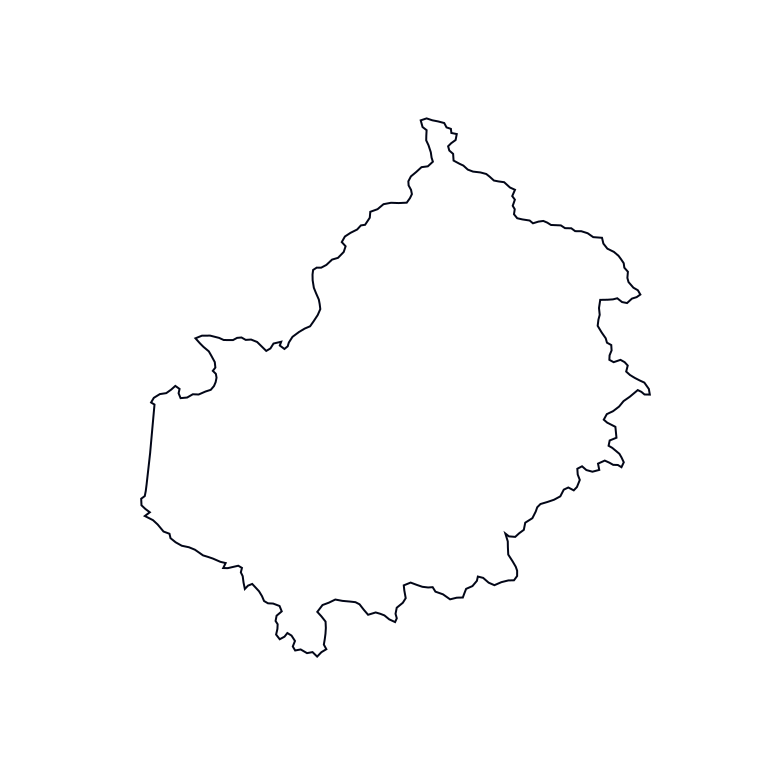 Paraibuna, São Paulo, Brazil (Albers equal-area conic projection), rotated 248°
{"feature_id": "56859067B40325291288871", "entity_name": "Paraibuna", "entity_type": "district", "adm_level": 2, "iso_a3": "BRA", "parent_name": "Brazil", "parent_adm1": "São Paulo", "projection": "albers", "projection_center": [-45.64, -23.474], "detail": "fine", "context": "isolated", "style": "outline", "palette": "ink", "viewbox_px": 768, "rotation_deg": 248, "n_neighbors": 0, "source": "geoboundaries", "source_scale": "gbopen_adm2", "svg_char_len": 4402}
<svg xmlns="http://www.w3.org/2000/svg" viewBox="0 0 768 768"><g transform="rotate(248 384 384)"><path d="M603.4,537.6L607.2,532.5L610.4,527.6L614.3,523.0L614.7,516.8L607.8,516.0L603.4,518.6L598.5,516.3L594.1,514.4L588.7,514.7L581.3,514.2L576.0,512.9L571.8,512.6L569.4,506.2L571.0,500.0L568.5,493.3L566.4,486.7L562.8,482.5L558.9,481.2L553.9,481.8L549.6,481.0L546.6,477.7L543.6,473.0L546.3,465.3L549.4,458.4L550.9,450.9L548.5,443.5L548.8,435.8L543.5,433.1L538.7,426.1L539.7,422.0L537.3,417.0L536.7,409.6L535.4,403.0L531.4,398.0L526.1,400.0L521.5,396.1L518.2,388.6L518.8,382.4L516.0,375.2L515.4,369.4L517.1,365.2L516.3,361.0L512.2,358.7L506.9,356.7L499.5,355.0L493.7,355.0L486.7,355.2L482.2,354.3L477.3,353.0L472.8,348.4L468.5,342.2L465.2,337.1L465.1,331.3L464.1,324.8L462.0,316.8L458.1,311.3L455.0,308.8L453.8,304.8L458.7,301.8L461.7,304.5L462.9,296.7L459.5,292.0L458.8,287.2L470.5,282.1L475.0,277.4L476.7,272.3L480.5,269.3L481.8,265.1L481.3,260.5L484.8,251.9L488.5,248.4L494.0,240.9L497.0,233.3L497.0,226.3L490.6,228.6L486.1,230.5L479.9,233.8L474.8,234.5L467.7,235.3L462.4,233.8L460.3,230.2L456.4,231.9L452.6,231.1L448.8,228.6L445.8,225.6L443.5,221.2L443.9,215.7L443.7,208.2L446.1,202.9L445.2,196.4L447.1,190.1L452.4,190.1L456.0,192.6L460.4,189.8L458.5,184.5L457.1,178.7L458.6,172.4L457.4,165.4L454.1,161.1L450.9,163.5L412.5,143.8L407.6,141.3L379.7,126.2L374.0,123.0L369.7,120.2L368.6,115.9L362.4,113.7L357.6,115.9L352.8,118.8L351.2,112.8L344.3,118.8L338.6,121.5L329.8,124.3L325.5,129.0L321.0,128.3L315.3,131.5L309.8,135.9L305.7,142.0L301.2,146.6L292.9,152.0L289.5,156.2L286.3,159.9L280.4,165.7L277.3,170.1L273.6,166.0L271.8,170.1L270.1,180.8L266.7,183.4L263.0,180.7L258.8,181.0L252.6,179.4L246.1,178.2L248.0,182.4L248.0,186.9L243.9,188.5L238.6,190.5L233.0,191.4L227.7,191.5L224.1,194.3L222.0,198.9L217.3,204.0L211.5,204.0L209.4,197.6L204.9,194.7L201.1,195.4L196.8,193.4L192.1,190.1L186.4,191.7L187.0,197.1L189.3,201.1L185.4,204.0L179.1,205.2L174.8,201.1L170.2,201.8L169.1,207.3L163.3,211.8L162.2,217.3L156.3,219.9L158.8,225.5L159.7,231.2L164.9,230.6L169.8,233.6L174.4,236.2L179.6,238.7L185.6,240.8L192.1,238.9L197.7,236.8L202.1,244.2L201.9,250.9L202.4,258.1L198.5,264.2L195.0,271.0L192.4,275.8L188.9,278.8L182.2,280.7L176.0,282.8L175.3,290.7L172.3,294.5L169.3,297.7L163.8,300.7L159.1,305.1L162.0,308.1L166.6,308.6L171.8,312.0L174.1,319.5L177.3,323.9L185.0,325.5L189.9,326.9L189.9,334.3L185.6,339.0L181.6,343.6L178.8,348.7L177.4,353.0L172.2,353.9L166.9,359.9L159.6,364.6L158.6,371.5L156.5,377.1L159.6,379.9L163.3,383.4L163.5,390.3L166.7,396.4L170.3,398.9L167.1,403.3L160.6,406.6L156.1,411.0L156.3,418.6L155.3,425.7L153.3,431.0L156.1,435.5L161.0,437.5L165.2,437.7L171.4,436.8L179.3,435.3L186.2,437.7L191.7,439.8L199.9,440.5L195.9,442.8L193.1,448.4L195.0,453.5L196.4,459.0L202.5,463.0L204.0,471.3L208.9,476.9L212.3,479.9L214.1,484.1L213.4,491.3L213.0,498.3L213.8,505.4L218.7,511.1L219.0,516.1L214.3,520.1L216.2,524.3L221.7,529.6L227.5,529.7L233.0,531.5L233.5,536.8L228.4,539.4L224.6,544.4L223.7,551.4L230.0,552.6L230.3,560.0L226.6,563.5L223.2,566.2L221.3,570.5L217.9,573.0L221.6,577.0L226.9,576.7L231.1,576.1L239.3,571.7L242.6,569.1L247.1,572.1L247.1,579.4L257.6,582.5L264.5,576.5L268.6,574.4L272.6,579.3L273.0,586.2L275.0,593.5L278.4,599.7L280.1,607.1L282.0,613.0L283.3,617.0L280.3,619.7L276.7,621.6L274.6,626.5L280.2,627.7L287.8,625.9L291.4,622.5L295.7,618.8L300.1,615.5L304.8,613.2L309.8,616.9L314.1,615.3L317.8,612.3L318.2,605.1L322.0,602.0L326.1,603.9L329.9,607.6L335.0,609.3L338.8,606.2L343.3,606.7L350.3,605.1L357.9,603.9L363.3,606.9L367.3,609.9L373.9,611.8L381.0,616.0L378.4,622.8L376.7,628.0L376.1,632.4L370.8,635.4L368.0,639.7L370.3,645.9L369.9,650.8L370.9,655.2L375.8,654.5L379.9,651.3L386.9,648.9L391.2,649.4L396.7,652.2L401.8,650.4L406.2,651.5L411.0,650.5L414.9,649.5L420.3,646.7L425.8,641.8L432.0,640.0L437.9,640.9L441.8,633.0L447.5,629.3L451.8,624.1L454.1,618.5L458.2,616.0L460.7,610.2L464.8,607.4L468.9,598.4L472.5,595.8L475.5,592.8L476.7,588.1L477.2,582.3L481.0,580.3L484.8,573.9L487.8,569.6L492.7,568.1L497.1,570.7L501.0,570.1L505.9,574.4L510.2,573.3L515.0,578.2L519.0,574.4L526.1,571.0L528.9,566.1L531.5,562.1L536.5,559.7L540.4,557.5L544.0,552.7L547.6,546.1L551.4,542.0L556.8,539.4L559.8,536.6L565.1,532.2L571.5,534.3L576.0,532.0L580.4,532.5L582.1,536.5L583.4,541.8L588.5,545.1L591.5,540.5L595.5,541.6L598.5,538.1L603.4,537.6Z" fill="none" stroke="#020617" stroke-width="2"/></g></svg>